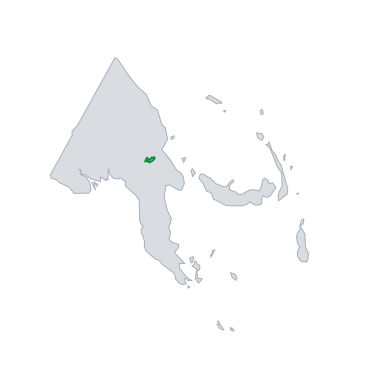 location of Unggai/Benna District, Eastern Highlands, Papua New Guinea, rotated 29°
{"feature_id": "67681753B48115822979868", "entity_name": "Unggai/Benna District", "entity_type": "district", "adm_level": 2, "iso_a3": "PNG", "parent_name": "Papua New Guinea", "parent_adm1": "Eastern Highlands", "projection": "natural_earth1", "projection_center": [145.385, -6.1], "detail": "fine", "context": "in_parent", "style": "filled", "palette": "green", "viewbox_px": 384, "rotation_deg": 29, "n_neighbors": 0, "source": "geoboundaries", "source_scale": "gbopen_adm2", "svg_char_len": 4290}
<svg xmlns="http://www.w3.org/2000/svg" viewBox="0 0 384 384"><g transform="rotate(29 192 192)"><path d="M59.8,246.2L59.7,200.5L57.6,197.1L59.6,188.9L59.5,111.8L63.3,112.2L81.6,121.6L93.9,126.5L104.7,128.8L114.6,136.5L122.0,136.9L132.9,147.7L137.2,148.5L145.0,157.5L145.4,164.8L144.6,169.5L156.3,173.9L167.5,180.1L173.6,180.8L177.0,183.0L181.2,188.3L182.0,195.5L179.5,196.7L169.0,196.7L166.1,199.0L170.3,210.3L179.8,220.5L186.9,225.2L189.0,234.5L192.7,237.4L195.0,244.8L198.7,245.6L205.9,244.4L207.1,247.5L206.0,252.2L207.0,254.0L220.3,258.0L215.9,260.4L217.9,264.7L226.5,268.3L231.9,269.7L235.2,269.3L231.4,271.4L228.0,270.8L227.3,271.4L228.7,273.2L231.5,275.1L228.6,277.6L225.7,277.9L220.3,276.3L215.7,271.7L201.2,269.7L196.2,267.7L192.2,268.4L180.5,265.9L176.6,262.6L174.1,257.7L167.1,251.8L165.5,248.9L166.2,245.0L164.3,245.6L160.3,242.7L149.7,224.7L144.3,222.1L130.8,219.0L128.9,215.5L122.6,214.2L121.2,216.5L116.1,218.1L111.7,216.4L107.4,212.0L112.5,221.9L110.7,221.9L111.5,223.5L110.6,223.7L104.9,223.1L106.7,227.2L97.4,229.5L90.6,228.7L87.3,229.7L85.9,229.6L84.1,226.6L81.6,227.1L83.7,227.2L86.4,230.7L92.1,230.2L97.7,232.9L102.5,238.8L102.3,242.9L89.5,250.5L82.1,247.3L71.3,248.1L67.4,246.9L62.6,248.3L59.8,246.2ZM252.8,145.0L255.5,147.1L258.1,144.9L263.3,147.5L262.3,157.5L260.6,160.2L256.3,161.2L255.7,162.7L258.5,168.5L257.4,170.6L253.6,172.8L247.3,172.6L245.7,176.6L242.2,180.1L228.8,187.2L214.1,187.8L209.3,183.4L204.3,184.2L197.5,179.1L191.9,176.9L190.7,175.0L190.9,172.4L192.4,170.9L202.5,171.2L208.9,173.2L217.4,172.0L219.7,170.4L220.6,164.0L222.0,161.4L223.4,162.6L221.7,167.5L223.6,172.0L229.6,170.7L233.4,171.7L236.4,170.4L240.6,163.5L244.0,160.3L250.2,158.7L250.1,153.7L247.9,146.7L248.8,144.7L252.8,145.0ZM326.4,196.0L325.6,198.2L325.2,197.5L322.1,199.6L318.6,198.9L315.4,196.7L313.0,192.7L313.0,188.1L309.5,186.1L305.1,180.4L304.2,176.6L304.6,170.3L311.1,174.0L317.7,184.8L324.0,189.7L326.4,196.0ZM276.2,147.8L271.9,157.7L269.2,153.6L268.2,150.8L268.0,143.2L261.1,131.9L253.9,128.1L239.5,116.3L233.8,114.5L235.2,113.9L235.2,111.1L242.3,117.2L246.8,118.7L252.7,123.4L256.7,125.1L274.2,142.7L276.2,147.8ZM160.8,98.7L174.5,99.1L174.8,100.5L173.0,100.6L170.6,103.0L162.5,102.3L158.9,103.5L158.6,101.8L159.9,101.3L159.7,99.6L160.8,98.7ZM229.5,250.9L232.0,252.6L234.1,252.4L235.7,254.3L236.0,257.5L235.1,258.3L234.5,257.3L227.9,256.7L229.2,254.8L227.9,251.2L229.5,250.9ZM228.2,112.9L223.4,112.9L219.8,109.0L224.5,107.2L228.1,108.9L228.2,112.9ZM239.3,264.8L242.4,262.8L243.1,263.5L241.9,268.4L237.1,266.3L233.9,258.4L239.3,264.8ZM264.9,244.0L270.1,243.1L272.6,245.2L273.4,246.0L272.9,248.1L268.5,247.2L264.9,244.0ZM276.8,291.8L286.6,297.2L283.0,298.1L279.9,296.6L279.5,295.3L278.2,295.8L278.9,294.8L276.8,291.8ZM185.2,178.2L180.8,174.1L181.1,171.3L185.7,173.8L185.2,178.2ZM226.3,254.0L225.0,254.1L222.1,251.2L223.9,248.0L225.8,249.2L226.3,254.0ZM303.2,170.1L301.3,163.4L302.9,161.4L304.6,165.7L303.2,170.1ZM170.1,170.1L167.0,167.5L169.3,165.1L170.6,166.3L170.1,170.1ZM216.3,90.0L214.6,90.5L212.4,88.3L213.0,85.9L215.6,87.5L216.3,90.0ZM150.1,153.7L148.3,156.1L147.0,154.3L149.0,151.6L150.1,153.7ZM240.1,231.7L240.2,239.7L238.8,238.1L239.4,234.8L238.1,233.9L240.1,231.7ZM103.6,233.8L106.6,237.1L99.4,231.8L103.6,233.8ZM106.2,233.0L102.3,231.7L101.5,230.7L106.1,231.2L106.2,233.0ZM295.9,292.6L295.6,293.7L293.0,293.9L291.3,292.3L293.0,292.6L292.7,291.5L295.9,292.6ZM267.5,120.8L267.6,124.4L265.8,121.8L267.5,120.8ZM257.9,118.8L257.1,119.8L255.3,117.2L255.7,116.7L257.9,118.8ZM236.0,276.1L235.7,277.7L234.0,276.9L234.2,275.9L236.0,276.1ZM256.3,115.9L254.9,116.4L255.2,113.9L256.3,115.9ZM181.9,104.3L182.0,106.2L180.1,105.7L181.9,104.3ZM285.7,141.4L285.5,143.0L284.4,142.5L285.7,141.4Z" fill="#d9dde1" stroke="#a8b0b8" stroke-width="1"/><path d="M136.1,187.9L136.2,187.7L136.3,187.6L136.5,187.6L136.8,187.6L137.0,187.5L137.3,187.4L137.4,187.2L137.5,187.2L137.8,186.9L138.0,186.9L138.3,186.9L138.5,187.0L138.5,186.9L138.5,186.7L138.5,186.4L138.6,186.2L140.0,186.8L140.3,186.5L140.7,186.8L141.0,186.5L140.9,185.9L141.5,185.3L142.0,184.8L142.4,184.0L143.2,181.3L143.0,180.1L141.5,179.9L140.8,181.3L139.9,181.3L139.6,182.5L139.4,183.2L138.9,183.5L138.6,185.1L137.1,184.2L136.0,183.6L135.8,184.5L136.0,187.7L136.1,187.9Z" fill="#22c55e" stroke="#15803d" stroke-width="1.5"/></g></svg>